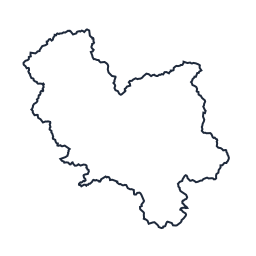 Dinh Lap, Lạng Sơn, Vietnam (Mercator projection), rotated 264°
{"feature_id": "81297802B72919536287172", "entity_name": "Dinh Lap", "entity_type": "district", "adm_level": 2, "iso_a3": "VNM", "parent_name": "Vietnam", "parent_adm1": "Lạng Sơn", "projection": "mercator", "projection_center": [107.136, 21.534], "detail": "fine", "context": "isolated", "style": "outline", "palette": "slate", "viewbox_px": 256, "rotation_deg": 264, "n_neighbors": 0, "source": "geoboundaries", "source_scale": "gbopen_adm2", "svg_char_len": 5765}
<svg xmlns="http://www.w3.org/2000/svg" viewBox="0 0 256 256"><g transform="rotate(264 128 128)"><path d="M182.8,206.0L183.9,204.7L185.2,202.2L185.9,199.8L185.5,198.5L185.7,197.7L186.6,196.6L186.4,193.9L188.1,190.2L186.8,190.0L185.1,188.7L185.0,188.1L185.2,187.1L184.6,186.3L184.3,184.3L184.7,182.7L184.3,181.7L183.0,179.8L180.9,179.4L180.5,178.6L180.7,176.6L179.9,176.6L179.3,175.3L178.1,174.4L179.6,172.1L179.7,170.2L177.6,168.6L178.1,167.0L177.5,166.0L177.7,164.7L176.6,162.8L176.7,161.9L177.5,160.3L178.2,159.8L178.1,158.2L177.2,156.4L179.4,154.2L180.1,152.0L177.9,148.7L176.6,147.4L175.8,145.6L175.8,143.5L175.6,142.6L176.6,140.8L175.6,138.2L174.5,136.8L174.6,134.8L173.4,133.6L171.8,134.5L169.9,134.6L169.3,131.3L167.8,130.0L167.2,128.9L165.7,128.8L165.3,129.3L164.9,129.2L162.0,125.0L161.9,124.1L163.1,122.8L165.7,121.8L166.9,119.5L169.2,118.7L171.2,119.7L172.6,119.4L174.3,118.2L175.5,119.4L176.5,119.4L180.0,121.0L180.4,120.9L181.4,117.5L185.2,114.5L188.4,114.0L191.6,114.8L193.3,114.4L194.6,113.4L196.1,111.6L196.1,107.6L197.3,106.5L198.6,106.0L198.9,104.3L200.0,102.2L200.1,101.1L202.2,100.2L204.0,100.0L207.5,99.0L207.9,100.9L209.3,102.0L210.8,100.7L211.9,100.1L212.9,100.2L214.2,101.0L215.3,101.1L215.7,102.6L216.5,103.2L217.8,102.7L219.9,103.0L220.9,102.8L220.7,101.9L221.9,101.6L222.3,100.9L223.8,99.7L229.0,99.6L230.3,97.6L230.2,97.0L228.0,94.5L228.9,93.7L229.7,92.2L228.9,90.6L229.4,89.8L229.1,87.7L228.7,87.1L227.5,86.5L226.8,83.1L230.2,81.0L230.8,80.3L230.5,79.8L231.0,78.6L229.5,75.6L229.8,73.8L229.0,72.3L229.1,69.9L228.7,69.2L229.4,67.6L229.0,67.0L227.8,66.2L228.3,64.8L227.0,64.5L225.9,63.3L223.6,62.4L222.9,61.2L224.6,59.9L224.3,58.6L222.6,57.3L222.5,56.2L221.6,56.1L220.7,56.5L219.9,56.4L219.0,54.6L218.4,51.3L214.9,48.4L213.8,48.1L213.6,46.0L212.7,45.1L211.9,43.7L213.1,39.0L211.5,38.7L209.4,38.8L209.0,36.8L206.9,36.6L206.0,35.3L205.6,33.1L203.9,31.0L202.6,30.8L201.7,31.0L200.2,32.5L198.0,33.5L198.2,35.1L197.8,35.7L195.7,35.6L195.1,35.0L194.4,34.8L193.5,35.3L192.6,35.4L191.9,36.3L190.6,36.2L187.8,37.1L187.1,38.9L186.4,39.3L185.2,39.2L183.8,40.8L183.4,42.1L182.4,42.3L181.5,43.1L181.3,45.9L180.7,47.4L181.1,48.4L180.2,48.9L179.3,48.1L177.5,48.4L176.2,47.3L174.6,47.6L173.8,47.5L173.5,47.1L174.1,46.0L173.6,45.2L172.6,44.5L171.6,44.7L170.1,43.8L170.1,43.1L169.7,42.6L167.1,42.1L165.9,40.4L164.7,40.8L164.0,40.6L162.9,39.5L161.7,37.0L160.1,35.8L159.1,35.7L157.0,34.6L156.5,33.9L154.9,35.1L153.4,34.9L150.5,36.4L150.6,39.0L150.3,39.6L149.2,39.5L147.4,39.8L145.9,41.9L142.4,44.0L143.1,46.6L142.8,48.2L143.0,49.1L142.2,51.2L141.1,51.3L139.7,50.5L137.1,51.0L136.4,50.3L134.7,49.9L133.0,51.6L131.6,51.3L130.4,52.1L127.0,52.7L126.3,52.2L125.2,52.2L123.8,54.4L121.9,54.6L120.2,55.5L119.9,56.6L118.0,56.0L117.6,56.8L117.9,59.1L117.0,59.8L116.7,60.5L117.1,63.2L113.2,67.8L112.0,66.5L110.7,66.5L109.9,65.8L108.8,65.9L107.8,65.2L106.8,65.0L105.6,62.8L104.3,57.5L102.3,58.8L101.3,60.7L100.2,61.0L100.3,63.1L99.8,65.0L98.0,66.2L97.8,67.1L99.4,68.6L99.6,69.3L98.1,69.8L96.1,71.2L96.0,72.7L96.4,74.0L97.1,74.9L95.6,76.9L96.3,80.0L95.8,81.9L95.0,82.8L94.2,82.9L92.9,82.4L92.2,83.2L91.0,83.3L90.4,84.4L88.7,84.5L88.1,84.0L86.5,83.2L86.3,80.5L85.8,79.1L85.3,78.8L83.2,79.1L81.8,80.2L80.3,80.3L79.6,79.1L80.1,78.2L79.0,76.8L78.6,75.8L78.9,75.0L77.7,73.5L76.7,73.3L76.3,73.7L76.2,74.8L74.9,75.5L76.2,78.3L76.0,79.6L75.0,80.5L76.0,81.5L75.7,82.5L76.7,83.4L76.6,84.5L78.4,86.8L79.7,87.6L80.0,88.5L79.2,89.7L79.6,91.1L79.0,92.0L78.5,93.5L77.7,93.7L77.6,94.6L78.7,95.5L79.8,95.9L82.1,100.7L81.1,101.7L81.5,102.7L81.1,103.8L79.6,104.6L78.1,104.7L78.2,106.9L75.9,111.7L75.1,111.3L73.3,113.1L73.0,113.7L73.1,114.6L71.6,116.6L71.5,117.8L71.8,118.8L71.4,120.3L68.2,121.5L66.8,123.8L66.8,125.2L65.7,127.3L61.7,127.1L61.2,127.4L61.0,129.0L62.5,130.4L62.5,132.7L61.8,133.5L60.2,134.3L53.8,136.3L52.8,135.7L50.5,133.4L49.0,133.6L48.3,131.7L46.4,131.6L45.9,131.7L42.7,134.6L41.8,135.0L39.8,134.6L37.1,134.6L36.1,134.2L35.6,134.9L35.6,135.6L33.8,137.7L30.6,138.6L31.5,143.0L31.5,144.5L28.6,147.2L27.1,148.1L26.3,148.2L25.0,150.8L25.2,152.3L26.3,152.8L26.3,154.2L26.6,154.8L29.4,156.2L30.5,157.0L30.7,157.6L28.9,161.6L26.5,162.6L26.0,165.4L26.1,166.4L28.5,170.4L29.6,171.4L30.7,171.6L32.4,174.0L34.8,176.3L35.9,176.7L37.1,176.3L38.9,173.9L40.6,172.8L41.3,171.5L42.4,172.1L42.9,173.4L42.9,175.6L42.3,177.1L42.3,178.6L43.4,178.0L44.7,176.5L46.8,175.1L47.4,174.3L49.2,174.3L50.0,174.9L49.9,175.5L50.9,176.8L51.2,178.2L51.6,178.8L53.0,179.6L55.5,178.8L59.8,173.6L62.1,172.9L62.9,173.2L64.5,172.0L66.2,172.1L67.2,171.8L69.0,173.8L69.7,176.4L71.2,176.9L74.3,179.3L75.0,180.4L74.5,181.3L73.5,181.8L71.9,182.0L69.1,184.2L69.0,185.0L69.5,186.8L68.3,188.6L67.0,189.9L67.2,191.8L68.1,194.6L68.0,196.2L69.3,197.6L70.3,201.0L70.3,201.6L69.4,202.9L69.3,206.3L68.9,207.4L68.0,208.0L67.9,209.2L68.7,210.4L71.4,210.6L72.9,211.1L74.1,213.2L76.7,213.8L79.0,215.9L81.2,216.1L81.1,218.0L83.2,220.2L82.9,222.2L83.9,222.7L84.3,223.5L86.8,225.0L87.9,225.2L90.3,224.7L91.2,224.1L92.4,224.2L93.5,223.5L95.6,223.3L95.9,222.9L95.8,220.4L97.3,219.3L98.3,218.1L99.0,215.7L100.7,214.4L103.6,215.1L105.2,214.8L106.3,215.5L107.4,215.3L108.0,214.2L109.4,213.2L109.2,212.1L110.0,211.3L113.0,210.4L114.3,209.4L114.6,205.4L115.2,204.3L115.3,202.7L117.5,201.1L119.1,201.9L121.3,201.5L122.3,202.1L124.4,202.7L126.6,204.1L128.3,204.7L131.6,203.8L135.4,204.6L134.8,206.1L137.0,207.0L137.9,206.3L141.5,205.1L142.5,205.9L144.2,206.3L146.2,207.5L147.5,207.3L150.1,204.8L152.6,203.7L152.8,203.0L153.9,201.7L156.5,201.8L157.0,200.3L157.4,200.1L159.7,200.8L161.6,200.2L162.9,198.6L164.0,196.6L166.3,196.1L167.1,195.5L168.3,196.8L169.7,197.2L171.3,199.2L172.1,199.5L171.9,200.9L175.4,202.6L175.4,204.1L176.6,204.7L177.6,207.0L180.2,205.6L181.4,205.6L182.8,206.0Z" fill="none" stroke="#1e293b" stroke-width="2"/></g></svg>